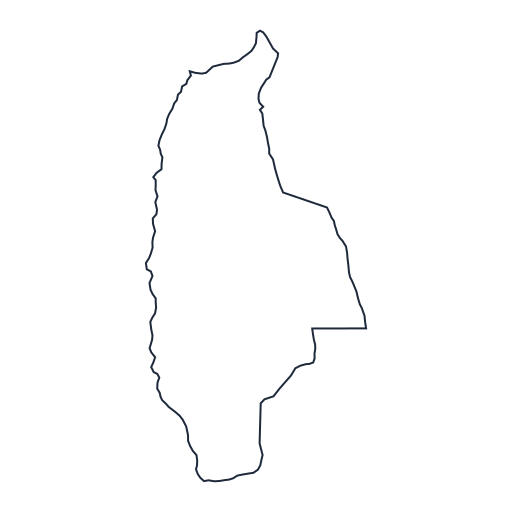 Cidade Gaúcha, Paraná, Brazil
{"feature_id": "56859067B84449941933061", "entity_name": "Cidade Gaúcha", "entity_type": "district", "adm_level": 2, "iso_a3": "BRA", "parent_name": "Brazil", "parent_adm1": "Paraná", "projection": "robinson", "projection_center": [-52.964, -23.374], "detail": "fine", "context": "isolated", "style": "outline", "palette": "slate", "viewbox_px": 512, "rotation_deg": 0, "n_neighbors": 0, "source": "geoboundaries", "source_scale": "gbopen_adm2", "svg_char_len": 2349}
<svg xmlns="http://www.w3.org/2000/svg" viewBox="0 0 512 512"><path d="M269.5,77.3L277.6,57.2L278.1,53.3L273.0,48.5L266.3,36.5L263.2,32.4L260.0,30.7L256.7,32.8L256.5,37.2L255.9,43.3L253.8,47.4L251.4,50.9L247.6,54.0L243.4,56.9L238.8,60.8L234.0,62.6L229.8,63.5L223.5,63.9L212.8,66.6L206.1,72.8L201.9,73.6L195.5,72.9L189.8,71.3L190.9,75.6L187.4,80.1L186.3,83.9L182.1,86.4L181.0,91.8L178.0,94.6L176.9,100.0L174.2,103.4L172.4,108.7L169.1,114.1L167.1,119.0L166.4,123.4L164.4,129.3L161.8,134.5L159.5,140.3L158.4,145.7L160.1,149.7L160.8,153.9L162.4,157.3L161.6,163.8L161.5,169.2L156.6,172.8L153.3,177.1L155.7,180.2L155.7,185.2L155.5,190.2L157.5,196.4L155.3,202.0L157.0,209.7L156.4,214.3L152.8,218.3L153.0,223.7L155.1,231.2L153.0,237.8L152.4,242.0L152.6,247.7L150.8,253.7L149.1,258.0L145.9,263.0L146.8,269.3L150.8,271.4L152.5,276.0L149.5,283.0L150.5,289.6L152.5,293.9L155.7,298.4L155.7,302.3L156.1,307.6L155.0,313.5L152.5,317.3L150.3,321.9L151.3,329.7L152.5,335.4L152.1,339.8L149.6,348.2L151.3,352.4L155.1,357.2L153.4,362.3L151.2,367.1L153.7,372.1L157.3,373.9L159.3,377.6L157.5,382.6L157.2,388.6L159.7,392.8L160.6,397.0L162.3,400.3L165.9,403.7L168.8,407.0L171.7,409.2L175.8,412.4L179.6,415.7L182.7,419.7L186.2,426.5L188.0,435.1L188.1,441.0L190.2,446.2L192.9,451.0L196.5,455.1L197.2,460.5L197.0,465.5L196.0,469.3L197.7,473.9L200.3,477.8L204.0,481.1L208.6,480.3L214.5,481.3L220.2,480.9L224.1,480.2L229.0,479.6L233.1,478.3L237.3,475.6L242.2,474.6L248.7,473.5L253.4,472.8L257.9,469.7L260.3,465.3L261.2,460.9L262.6,455.0L261.2,449.7L259.6,443.3L260.7,403.3L264.5,399.3L273.5,396.3L279.3,388.9L284.4,383.0L291.0,375.5L295.4,368.2L300.6,365.6L305.7,364.2L309.4,363.9L313.2,362.5L314.6,358.5L314.5,353.5L315.3,348.6L315.1,344.4L313.9,339.8L313.0,334.3L312.2,328.5L366.1,328.4L365.1,321.9L364.5,315.8L361.8,308.1L359.8,304.2L358.0,298.2L356.4,291.4L354.0,285.5L352.2,281.3L350.0,276.9L349.0,272.3L348.3,264.7L347.5,258.2L347.1,252.8L346.0,246.5L342.6,241.0L339.9,238.0L337.5,234.2L336.1,229.2L334.8,225.4L333.9,221.0L331.7,217.9L329.2,212.0L327.0,207.5L283.1,192.5L280.2,185.7L278.3,179.8L276.4,173.5L275.0,168.4L273.0,159.4L269.2,153.6L269.2,148.8L267.9,142.5L267.0,137.1L265.4,130.6L263.6,125.7L263.0,119.5L262.3,113.5L259.9,109.8L263.2,106.8L259.5,102.8L258.5,98.8L258.8,93.6L261.0,87.9L266.3,79.6L269.5,77.3Z" fill="none" stroke="#1e293b" stroke-width="2"/></svg>